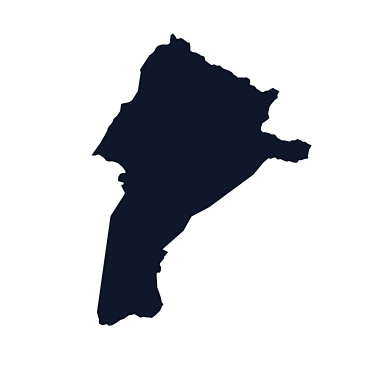 outline of Poções, Bahia, Brazil, rotated 283°
{"feature_id": "56859067B76293863784354", "entity_name": "Poções", "entity_type": "district", "adm_level": 2, "iso_a3": "BRA", "parent_name": "Brazil", "parent_adm1": "Bahia", "projection": "albers", "projection_center": [-40.358, -14.57], "detail": "fine", "context": "isolated", "style": "filled", "palette": "ink", "viewbox_px": 384, "rotation_deg": 283, "n_neighbors": 0, "source": "geoboundaries", "source_scale": "gbopen_adm2", "svg_char_len": 3177}
<svg xmlns="http://www.w3.org/2000/svg" viewBox="0 0 384 384"><g transform="rotate(283 192 192)"><path d="M60.9,180.6L63.4,182.9L66.2,184.8L69.0,186.7L71.5,187.4L73.9,187.6L76.0,188.5L77.7,186.4L81.2,185.1L89.3,180.0L90.7,179.0L102.8,175.5L104.8,175.1L106.8,176.4L106.8,178.2L109.1,178.6L111.8,177.9L113.0,176.3L115.6,176.2L118.7,177.8L121.1,179.0L123.2,178.7L125.1,180.0L127.6,181.1L128.3,178.3L128.6,176.5L128.3,174.3L152.7,191.8L168.5,196.4L169.9,198.1L181.9,211.9L221.5,245.8L223.1,247.2L237.0,254.2L243.0,258.6L242.8,261.1L244.2,262.9L245.3,265.2L243.7,268.3L244.8,270.7L244.3,273.1L243.9,275.1L243.6,277.4L244.7,278.7L244.6,281.7L244.3,284.2L244.8,287.3L247.6,288.3L248.6,291.7L250.2,293.7L251.3,296.8L253.2,295.9L255.1,296.0L257.5,295.9L260.3,295.9L262.0,296.7L263.9,297.0L264.2,294.2L265.6,291.0L265.1,288.5L266.1,286.3L266.6,283.0L265.0,281.4L264.5,279.5L263.9,277.6L262.1,275.9L262.4,273.1L262.2,270.1L261.8,267.7L262.5,265.3L263.3,262.7L265.1,260.7L265.9,259.2L265.1,256.4L266.0,253.6L265.9,251.7L266.0,249.9L265.4,248.1L266.0,246.1L267.7,244.4L270.2,243.9L272.9,244.2L274.9,244.2L276.7,245.9L278.2,247.3L280.1,248.8L281.4,249.9L283.3,249.0L284.9,248.0L287.1,247.6L289.8,247.7L291.9,247.6L294.7,248.3L297.2,249.5L299.1,250.6L301.0,251.5L303.2,253.6L305.0,252.8L306.8,252.7L309.2,253.6L310.0,250.2L310.8,247.5L309.4,245.8L307.7,244.4L306.8,242.5L306.2,240.8L304.5,239.4L304.7,236.5L305.7,233.5L306.6,231.1L307.9,229.8L308.7,228.1L308.7,225.3L309.6,223.0L312.1,223.3L314.0,222.6L315.2,219.6L314.5,217.4L314.1,215.1L313.5,212.7L313.0,210.5L314.3,208.7L315.0,206.1L316.9,203.7L317.8,200.8L318.2,198.2L318.4,195.3L319.3,193.2L320.7,190.5L319.9,187.9L320.6,185.1L319.3,182.7L319.7,181.1L320.7,178.8L321.8,176.4L322.3,174.8L324.3,174.1L326.1,172.9L326.3,169.9L327.2,167.2L328.0,164.6L327.7,161.8L328.1,159.6L329.3,157.5L331.8,157.4L334.6,156.4L336.2,155.4L336.0,153.7L337.1,151.2L338.1,149.0L338.9,146.9L337.7,145.0L336.9,142.5L338.7,141.0L339.8,139.7L341.2,137.8L339.5,136.6L337.1,137.2L335.4,136.9L333.5,137.8L331.2,137.3L329.9,136.1L329.0,133.9L328.5,130.7L327.4,128.2L326.1,126.4L324.2,125.2L322.2,124.7L320.2,124.2L318.2,122.9L316.6,121.7L314.9,120.2L299.4,114.6L297.5,115.8L292.8,116.2L278.2,117.3L269.0,114.2L267.0,113.2L265.2,111.4L263.7,109.0L262.5,105.9L261.4,104.0L254.3,104.5L252.6,103.8L250.8,103.1L248.5,102.2L246.7,100.7L245.3,99.9L243.3,99.7L241.1,99.2L238.9,98.1L236.7,96.8L234.6,96.3L232.5,96.4L219.3,92.5L206.0,87.0L206.6,89.5L207.7,91.1L208.4,93.1L207.5,94.9L206.8,97.5L205.4,99.8L203.7,102.2L203.9,104.4L204.5,106.4L204.8,108.3L204.5,111.3L204.1,113.8L203.0,115.7L201.8,118.3L199.1,121.6L197.1,123.6L194.4,123.1L194.3,120.7L193.0,118.5L189.9,117.5L186.8,118.1L186.6,120.2L186.7,122.9L184.9,124.9L183.5,123.8L182.3,122.5L180.6,123.8L178.9,125.4L176.7,127.3L174.6,127.5L150.1,118.8L95.9,123.5L53.6,127.2L51.9,128.2L49.5,129.3L47.5,130.7L45.2,131.0L43.4,131.7L42.8,134.6L43.8,136.6L45.1,138.9L43.7,141.1L45.0,144.0L46.7,145.8L49.4,148.5L51.6,150.2L53.1,152.8L54.6,154.6L57.0,156.6L58.4,157.9L59.5,160.9L60.6,162.6L60.7,164.5L59.5,167.5L58.8,170.1L60.3,172.7L60.2,175.1L60.8,177.7L60.9,180.6Z" fill="#0f172a" stroke="#020617" stroke-width="1.5"/></g></svg>